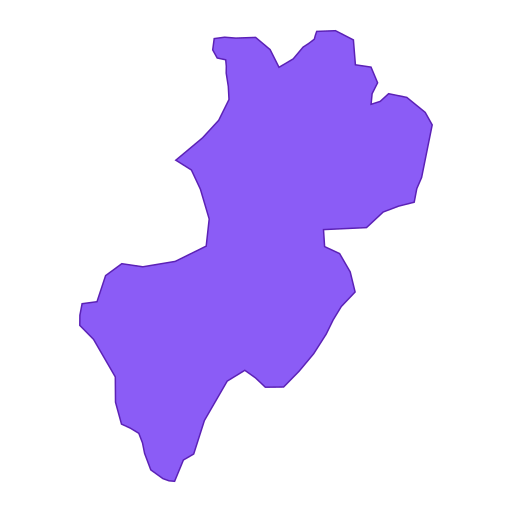 an SVG outline of Vavuniyāva
{"feature_id": "LKA-2456", "entity_name": "Vavuniyāva", "entity_type": "District", "adm_level": 1, "iso_a3": "LKA", "parent_name": "Sri Lanka", "parent_adm1": "", "projection": "equal_earth", "projection_center": [80.482, 8.836], "detail": "fine", "context": "isolated", "style": "filled", "palette": "violet", "viewbox_px": 512, "rotation_deg": 0, "n_neighbors": 0, "source": "natural_earth", "source_scale": "10m", "svg_char_len": 1096}
<svg xmlns="http://www.w3.org/2000/svg" viewBox="0 0 512 512"><path d="M414.2,202.2L398.4,206.2L383.2,212.0L366.5,227.6L323.5,229.6L324.6,246.6L339.6,253.6L350.2,271.9L355.1,292.0L341.3,306.5L333.2,319.8L326.2,334.1L313.7,353.7L299.0,371.3L283.6,387.0L265.3,387.2L255.5,377.9L244.8,370.3L227.2,381.1L204.4,420.5L193.7,454.0L183.4,460.0L174.6,481.3L169.0,480.8L162.9,478.6L150.8,469.9L144.6,453.4L142.5,442.9L138.8,433.3L130.2,428.1L121.5,424.1L115.5,402.2L115.3,376.9L93.5,339.3L79.8,325.4L79.9,315.2L82.1,303.7L97.0,301.7L105.6,275.6L121.8,263.7L142.7,266.8L175.2,261.4L206.2,246.1L209.2,219.0L200.4,189.2L191.4,170.0L175.8,160.2L202.6,137.8L218.7,120.3L229.0,99.5L228.3,86.4L226.2,73.1L226.3,66.2L225.7,59.8L217.2,58.0L212.7,49.9L214.2,38.6L224.6,37.2L235.8,38.1L255.6,37.4L270.1,49.6L279.0,67.3L293.2,58.9L303.1,47.1L308.8,43.4L314.3,39.2L315.4,35.2L316.7,31.4L335.5,30.7L353.4,39.9L355.4,64.8L371.0,67.1L377.6,82.8L372.1,93.7L371.1,104.3L380.2,101.4L388.6,93.7L406.8,97.4L425.2,112.4L432.2,124.9L421.6,177.5L416.8,188.6L414.2,202.2Z" fill="#8b5cf6" stroke="#5b21b6" stroke-width="1.5"/></svg>